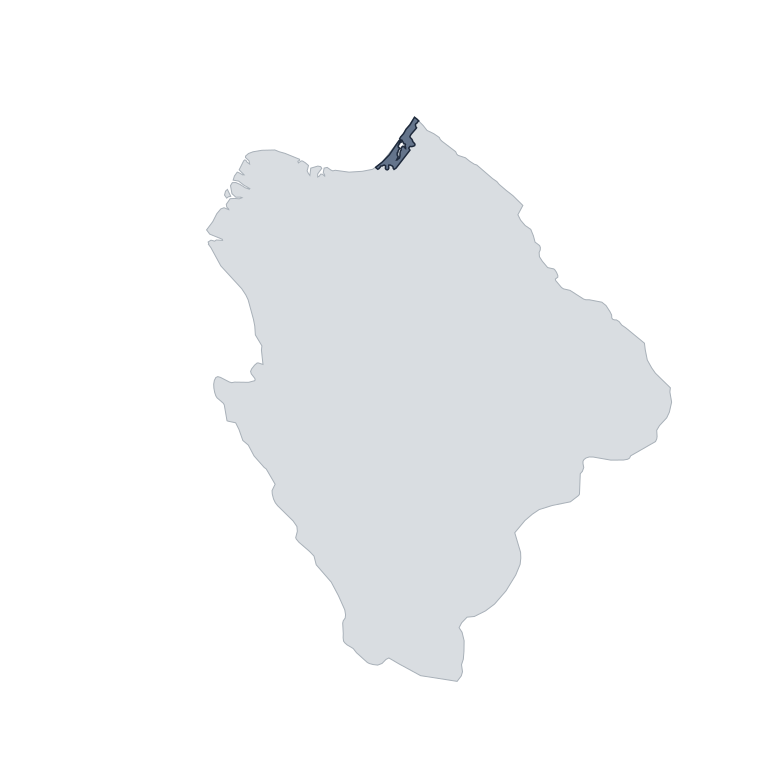 Lagos on a map of Nigeria (Equal Earth projection), rotated 128°
{"feature_id": "NGA-2850", "entity_name": "Lagos", "entity_type": "State", "adm_level": 1, "iso_a3": "NGA", "parent_name": "Nigeria", "parent_adm1": "", "projection": "equal_earth", "projection_center": [3.544, 6.537], "detail": "fine", "context": "in_parent", "style": "filled", "palette": "slate", "viewbox_px": 768, "rotation_deg": 128, "n_neighbors": 0, "source": "natural_earth", "source_scale": "10m", "svg_char_len": 5526}
<svg xmlns="http://www.w3.org/2000/svg" viewBox="0 0 768 768"><g transform="rotate(128 384 384)"><path d="M573.3,143.3L591.3,175.6L595.3,199.7L596.9,211.5L599.9,212.9L605.4,213.5L609.4,215.9L611.8,219.9L613.3,223.5L613.7,225.7L612.7,240.2L611.4,245.4L612.3,252.5L612.1,255.6L611.5,257.6L609.1,260.0L605.8,262.4L597.9,269.3L595.7,270.3L592.3,270.5L589.5,272.2L586.1,275.9L578.8,289.7L572.6,303.6L568.2,326.1L562.7,333.2L561.8,339.4L561.1,353.5L560.2,357.7L559.4,359.0L553.4,361.6L549.9,364.9L547.9,371.2L545.4,392.9L544.5,396.5L542.6,400.3L539.5,404.3L536.9,406.6L530.0,408.1L523.5,424.4L523.5,427.2L520.7,442.1L515.7,453.3L515.4,460.5L509.1,470.3L505.9,477.0L509.3,484.0L509.6,485.1L498.8,497.0L498.1,498.8L497.7,507.0L496.9,509.2L494.9,512.2L492.0,515.5L489.0,518.1L485.6,519.9L482.4,520.5L480.5,519.5L479.5,517.0L477.6,507.0L476.7,504.8L474.5,502.9L466.1,491.8L461.0,487.9L459.9,488.2L459.1,489.3L457.7,494.8L456.2,496.9L453.6,497.6L448.9,497.6L445.5,496.9L444.7,495.8L443.1,491.4L432.7,501.5L429.1,503.7L424.5,515.6L417.9,521.5L413.4,526.7L401.3,542.9L398.9,547.7L396.5,554.8L391.4,585.3L383.1,604.4L382.0,608.4L381.5,608.3L380.4,610.0L377.2,608.9L375.7,605.4L373.7,604.8L370.2,599.6L369.5,600.5L373.2,613.6L371.8,618.7L361.5,618.9L352.7,620.6L346.6,620.4L343.6,618.6L342.2,613.6L341.7,614.2L341.4,616.8L339.5,618.9L332.7,619.3L329.7,615.9L327.2,612.1L324.6,610.5L325.0,612.0L328.0,615.7L327.6,621.0L322.2,627.1L318.7,627.5L316.5,624.8L315.4,620.5L314.8,614.2L313.4,610.0L312.6,610.0L313.6,616.9L313.6,623.4L316.2,628.4L312.2,629.9L307.4,630.1L306.8,628.2L306.2,624.1L305.3,623.0L304.4,630.0L294.5,632.0L293.1,631.7L292.8,630.4L293.5,628.5L293.4,625.3L291.2,627.7L290.8,632.6L289.6,633.4L285.8,632.7L281.7,630.2L275.0,624.1L266.8,614.1L265.5,609.6L263.2,604.0L258.9,588.9L259.6,588.2L261.5,589.0L262.5,587.6L259.1,586.5L258.4,585.4L258.1,582.1L258.3,578.0L263.4,575.8L264.6,573.3L265.3,570.8L259.0,574.6L253.0,570.3L251.7,567.7L252.4,565.8L259.3,565.6L261.7,563.7L260.2,563.0L257.6,563.1L256.6,561.8L256.7,558.7L255.8,559.4L254.7,562.1L250.7,564.1L248.3,562.1L248.1,557.6L247.6,555.6L245.6,554.0L238.6,542.0L229.8,532.1L221.9,525.2L210.1,521.9L185.3,522.0L183.9,521.1L185.4,519.5L187.6,518.5L195.6,512.9L194.2,512.2L185.9,515.7L183.1,516.0L179.4,522.7L155.1,524.1L155.1,521.1L156.2,512.3L157.7,506.2L156.1,498.9L155.7,492.2L156.7,490.2L157.0,487.7L156.8,470.6L158.1,468.1L158.2,466.3L155.6,459.1L155.7,453.5L155.2,448.1L154.3,445.7L155.3,424.9L155.0,419.7L155.8,416.1L156.2,407.1L156.2,398.3L157.8,384.5L168.2,382.7L170.8,377.2L172.2,370.4L171.8,363.5L175.2,357.6L179.2,352.3L179.1,346.6L180.2,344.8L182.2,343.4L184.9,342.7L188.0,339.9L189.8,334.8L191.5,326.7L188.8,321.1L188.8,319.9L189.8,316.8L191.5,313.8L192.8,312.8L195.8,313.6L196.8,312.4L198.7,303.5L198.5,301.1L195.7,295.1L194.2,279.0L193.4,276.9L191.2,274.0L185.4,262.7L185.5,257.3L187.9,250.4L189.5,247.1L191.7,245.2L192.2,243.6L191.5,241.7L190.4,240.3L190.1,237.2L191.2,232.9L190.9,228.2L191.5,203.9L196.2,199.2L203.0,191.3L206.5,183.0L208.4,176.8L210.7,156.0L214.3,153.8L221.2,146.2L230.5,141.8L236.6,140.4L247.2,141.3L252.6,140.6L257.2,136.5L259.3,135.3L262.2,134.6L288.7,145.4L291.2,144.9L293.2,145.6L296.5,148.5L304.4,158.5L312.7,174.1L315.2,177.4L317.8,179.2L320.4,179.9L322.4,179.6L324.3,178.1L326.8,175.2L330.7,173.9L333.9,174.1L350.4,162.2L352.0,162.0L362.1,164.6L376.1,176.6L387.4,184.4L395.4,187.0L404.8,188.9L420.7,189.4L432.6,172.7L437.0,169.0L442.3,165.7L453.4,162.6L472.0,160.5L489.3,161.4L500.2,164.3L511.6,169.7L516.6,175.0L524.3,175.8L529.8,174.8L531.6,169.6L537.0,162.8L545.3,156.5L552.0,152.1L557.5,150.1L562.4,145.0L566.4,143.4L573.3,143.3ZM333.3,626.0L329.6,627.6L327.1,627.2L330.5,620.3L332.2,621.8L334.4,622.4L333.3,626.0Z" fill="#d9dde1" stroke="#a8b0b8" stroke-width="1"/><path d="M155.0,524.2L155.0,521.0L155.3,518.6L155.5,518.7L156.8,518.8L158.1,518.7L159.1,519.1L160.1,519.0L161.1,518.1L161.9,517.0L161.9,516.2L162.3,516.0L170.7,516.4L173.0,516.0L173.6,515.1L174.0,512.6L174.5,511.5L175.2,510.7L175.7,508.0L176.0,507.2L177.2,506.6L178.1,507.0L179.8,508.2L180.7,509.7L182.1,509.8L182.9,509.7L183.3,508.8L183.5,508.0L183.8,507.5L206.4,507.4L208.7,508.2L208.3,509.6L207.4,510.5L207.1,511.9L207.5,513.1L207.5,513.8L208.6,515.0L209.8,514.2L210.9,513.1L212.2,512.8L213.3,513.3L213.7,514.4L213.4,515.5L211.1,517.1L211.2,518.4L212.1,519.2L213.2,519.6L213.7,520.2L214.4,520.8L215.3,520.5L217.5,520.6L218.6,521.1L218.6,522.5L218.5,523.9L218.4,524.0L210.1,522.0L200.2,520.9L183.6,522.0L182.8,521.8L182.3,521.3L181.9,520.7L181.4,520.2L181.7,519.9L182.0,519.9L182.4,520.2L183.0,519.4L183.3,519.7L183.4,520.5L183.5,521.3L184.9,519.6L185.1,519.7L185.2,520.1L185.5,520.1L186.0,519.8L186.8,519.8L187.4,519.7L188.0,519.2L188.6,518.4L188.6,517.8L188.5,517.3L188.6,516.8L189.0,516.6L190.5,516.6L191.4,516.4L193.1,515.7L193.6,515.9L194.4,515.4L195.2,514.8L195.8,514.0L196.0,512.9L196.5,512.6L199.7,512.0L199.4,511.7L199.1,511.5L198.9,511.5L198.6,511.6L196.4,510.9L194.2,512.0L192.2,513.6L190.3,514.5L189.6,514.5L189.2,514.5L187.8,515.5L187.4,515.7L186.9,515.8L186.4,515.9L185.8,515.5L185.4,515.6L185.1,515.3L185.0,515.1L184.8,514.5L184.8,513.8L185.1,512.7L185.1,512.0L184.4,512.5L184.0,513.0L183.1,514.3L182.8,514.4L182.4,514.5L182.0,514.6L181.9,515.0L181.9,515.4L182.2,516.1L182.2,516.6L182.0,517.2L181.5,518.3L181.4,518.9L181.2,519.3L180.9,519.6L180.8,519.9L181.0,520.4L181.2,520.6L181.3,520.9L181.3,521.2L181.5,521.5L181.3,522.6L179.1,523.0L174.7,522.7L169.6,523.5L163.6,523.1L155.0,524.2Z" fill="#64748b" stroke="#1e293b" stroke-width="1.5"/></g></svg>